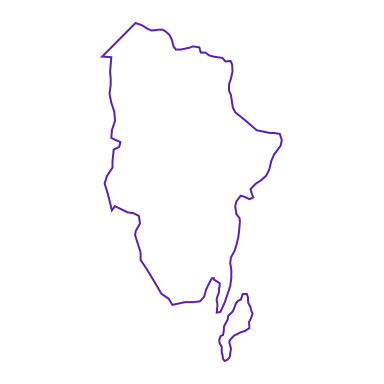 the district of Timur Laut, Pulau Pinang, Malaysia
{"feature_id": "92858781B26188199947326", "entity_name": "Timur Laut", "entity_type": "district", "adm_level": 2, "iso_a3": "MYS", "parent_name": "Malaysia", "parent_adm1": "Pulau Pinang", "projection": "robinson", "projection_center": [100.297, 5.392], "detail": "fine", "context": "isolated", "style": "outline", "palette": "violet", "viewbox_px": 384, "rotation_deg": 0, "n_neighbors": 0, "source": "geoboundaries", "source_scale": "gbopen_adm2", "svg_char_len": 2203}
<svg xmlns="http://www.w3.org/2000/svg" viewBox="0 0 384 384"><path d="M220.4,311.9L224.7,302.5L227.4,294.6L230.2,286.2L231.3,277.8L231.3,269.4L230.2,263.2L230.9,257.5L234.5,250.9L236.4,245.1L238.4,236.7L239.2,229.7L239.9,221.7L239.6,218.2L236.4,214.2L235.2,206.3L236.4,201.4L240.7,195.7L243.9,196.6L249.7,199.2L253.2,197.4L251.7,193.5L250.5,189.1L255.6,183.8L261.1,180.2L266.1,175.8L269.3,169.6L271.2,161.2L274.0,154.6L280.6,145.8L281.8,140.0L279.8,133.9L274.0,133.0L270.1,133.0L256.8,130.3L245.0,120.2L235.2,112.2L232.9,107.8L231.7,100.3L230.9,95.0L229.0,90.6L229.0,84.4L230.9,78.7L232.5,71.6L232.1,64.5L230.6,61.0L225.5,61.5L222.3,57.9L213.3,56.6L209.0,55.3L205.5,52.6L200.8,52.6L199.3,47.3L193.0,46.4L189.1,47.8L185.2,48.6L180.9,49.5L175.8,49.5L173.5,46.4L171.9,39.8L169.5,35.0L165.6,31.4L162.5,29.7L158.6,29.7L155.8,30.1L151.5,30.5L147.6,28.8L141.8,25.2L135.5,23.0L102.2,56.6L102.7,56.6L111.3,57.2L110.1,71.7L110.7,78.6L110.7,84.8L109.5,93.8L111.3,102.7L114.3,111.7L115.0,120.7L111.9,130.3L111.3,137.9L115.6,140.0L120.4,142.1L119.2,146.9L113.7,149.6L112.5,161.4L112.5,167.6L107.0,175.9L104.6,183.5L107.6,193.1L109.4,200.0L111.9,210.4L114.9,206.2L127.8,212.4L133.3,213.1L138.8,215.9L140.0,223.5L135.7,231.1L135.1,235.2L140.6,252.4L140.6,260.0L146.7,269.0L155.9,284.2L161.4,293.8L168.7,298.7L172.4,304.9L185.2,302.1L193.2,302.1L199.9,301.4L204.2,296.6L206.2,289.2L211.7,278.4L213.7,278.1L213.9,279.6L219.7,283.2L219.7,284.7L219.5,287.0L218.9,288.4L219.1,290.8L218.8,292.7L218.2,294.5L217.5,296.1L216.9,298.2L216.6,299.7L217.4,304.0L217.5,305.9L217.1,308.1L216.8,312.6L220.4,311.9ZM227.7,359.5L229.7,357.0L230.2,353.6L231.0,348.5L229.5,343.2L229.5,340.6L232.5,337.2L234.2,335.5L237.3,334.1L240.3,332.4L245.0,331.0L247.0,329.6L249.3,328.2L249.3,325.6L249.0,322.0L250.5,319.4L251.5,316.9L252.5,313.8L250.8,309.2L250.5,306.7L249.3,305.0L248.3,303.0L248.0,300.2L248.0,297.4L246.8,294.0L242.8,294.0L240.8,299.6L237.8,301.0L235.8,303.6L234.5,307.3L232.7,311.5L230.7,313.5L228.2,315.7L227.7,319.4L226.2,322.2L224.0,326.5L223.7,331.6L223.0,335.0L220.5,336.1L219.2,340.3L219.7,343.4L221.7,346.8L221.7,351.9L222.7,356.2L223.0,359.0L224.7,361.0L227.7,359.5Z" fill="none" stroke="#5b21b6" stroke-width="2"/></svg>